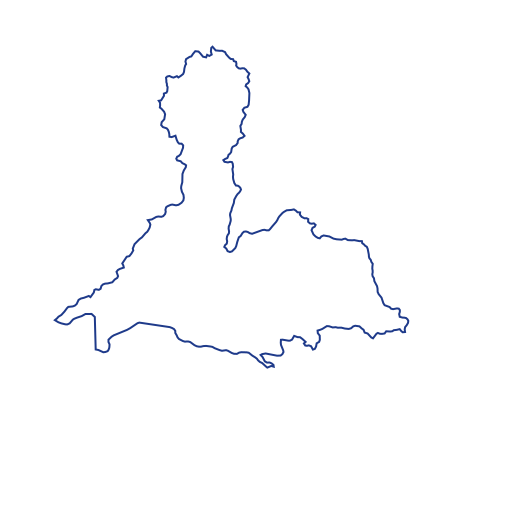 the district of Nanuque, Minas Gerais, Brazil, rotated 120°
{"feature_id": "56859067B31729881403209", "entity_name": "Nanuque", "entity_type": "district", "adm_level": 2, "iso_a3": "BRA", "parent_name": "Brazil", "parent_adm1": "Minas Gerais", "projection": "albers", "projection_center": [-40.519, -17.735], "detail": "fine", "context": "isolated", "style": "outline", "palette": "blue", "viewbox_px": 512, "rotation_deg": 120, "n_neighbors": 0, "source": "geoboundaries", "source_scale": "gbopen_adm2", "svg_char_len": 6136}
<svg xmlns="http://www.w3.org/2000/svg" viewBox="0 0 512 512"><g transform="rotate(120 256 256)"><path d="M268.8,113.5L263.1,112.8L261.7,112.0L261.4,109.8L260.4,107.9L258.8,105.9L256.1,105.6L254.3,102.0L253.0,100.3L251.4,99.6L249.6,97.2L247.5,95.0L248.4,92.6L248.7,90.8L247.3,88.9L245.1,90.6L243.0,91.3L240.6,90.9L237.9,90.9L236.0,91.7L235.1,93.1L234.7,95.0L235.2,96.6L236.1,98.4L236.8,101.1L234.7,103.0L232.5,103.5L230.9,104.4L230.2,106.0L230.9,107.7L233.5,110.7L234.1,112.6L233.4,114.8L234.3,120.0L233.2,122.1L229.3,126.5L227.7,130.7L226.3,132.7L223.4,134.5L221.6,136.1L218.6,140.9L216.3,142.7L215.2,144.9L213.6,146.2L212.0,146.7L210.3,147.7L208.9,148.9L206.8,150.0L204.4,151.0L203.4,153.2L201.9,154.8L201.3,156.6L200.2,157.8L198.4,159.0L193.9,162.9L192.6,164.7L192.6,166.5L192.0,168.3L191.8,170.4L190.2,171.7L191.4,173.8L193.1,178.8L194.4,180.7L196.3,184.4L196.3,187.3L197.5,188.7L199.0,189.9L201.2,194.5L202.2,197.6L202.4,202.2L204.4,207.7L206.4,209.2L208.8,209.6L209.4,211.5L209.3,214.2L208.6,217.0L205.9,220.8L203.3,221.1L201.2,219.8L199.3,219.9L198.8,222.2L200.2,223.9L200.8,225.6L200.3,228.0L197.9,229.2L198.0,231.1L199.1,232.8L199.3,236.0L198.2,238.7L196.2,239.6L197.4,241.9L196.8,244.1L196.7,246.5L198.4,248.4L201.1,252.3L204.1,254.0L205.6,254.6L210.1,255.6L212.0,255.7L214.2,255.5L216.4,255.6L222.0,256.7L225.8,257.3L227.4,257.8L228.5,259.7L229.1,261.8L230.3,263.4L238.7,270.5L239.4,273.0L239.3,275.1L239.8,277.0L241.0,278.6L242.9,279.2L246.4,279.3L248.4,280.2L253.0,279.3L257.3,278.1L259.5,277.9L264.0,279.1L265.6,280.6L266.0,283.0L264.4,285.5L264.0,288.0L262.1,288.2L259.9,287.5L257.7,288.3L255.9,289.9L253.7,290.8L251.8,291.0L250.0,290.8L248.2,291.6L246.0,293.4L243.9,294.4L242.1,294.5L238.2,295.5L236.7,296.3L233.5,299.0L231.8,299.7L229.0,300.0L226.6,300.8L221.2,301.7L218.0,303.0L213.8,303.1L211.5,302.9L209.6,302.3L207.9,302.1L206.0,302.2L204.9,303.5L204.3,305.2L204.2,306.9L205.0,308.6L203.7,311.2L200.8,314.2L199.0,315.5L196.8,316.5L192.5,319.9L190.3,320.4L187.7,322.3L186.7,323.8L187.4,325.5L189.0,327.1L190.2,330.4L189.3,332.2L187.3,331.2L185.5,329.8L183.7,330.0L182.1,330.4L180.4,329.7L178.4,329.5L175.0,330.8L173.1,330.8L169.9,328.7L167.3,328.4L165.8,329.2L163.6,329.4L161.8,328.4L160.1,326.8L157.7,326.0L156.6,328.5L156.1,331.1L154.4,332.0L151.2,334.6L148.9,334.5L146.7,335.4L144.4,335.7L141.4,335.2L138.9,335.5L137.5,339.0L136.1,340.6L133.4,340.2L131.1,338.0L128.7,338.0L124.9,339.7L118.2,343.2L115.4,345.8L114.5,347.8L114.1,349.9L112.3,350.3L110.2,349.3L108.0,349.2L106.4,351.0L105.3,352.7L101.3,353.0L100.7,355.7L99.7,357.8L99.4,360.1L100.3,361.8L101.5,363.1L102.1,364.7L101.8,366.7L101.0,368.4L99.4,369.0L97.8,370.4L98.3,372.7L97.0,374.2L98.0,376.5L97.6,378.6L96.2,382.8L94.9,384.7L95.2,388.0L96.4,389.9L98.1,393.7L96.5,398.3L98.1,398.8L101.5,397.3L103.7,395.1L106.1,396.5L106.2,398.9L108.9,398.5L109.9,401.5L108.3,405.8L107.7,408.0L109.0,411.0L112.3,411.6L115.5,411.8L116.8,413.1L120.5,415.0L122.9,414.3L124.7,412.5L126.3,412.6L129.3,411.8L132.6,410.4L134.8,410.1L137.4,411.1L140.2,412.5L139.8,414.4L142.7,416.6L143.2,418.4L143.4,421.0L144.9,422.6L146.5,423.1L148.8,421.4L150.2,420.6L151.5,419.2L152.9,418.4L153.9,417.0L157.6,415.3L159.3,415.2L161.4,417.0L163.3,415.8L168.7,416.0L170.2,417.8L171.3,415.7L173.6,414.3L175.5,413.5L175.7,411.6L177.0,407.7L178.7,405.6L183.4,403.8L187.3,404.6L190.0,403.6L190.9,401.1L190.1,397.2L190.7,395.4L192.0,393.7L193.7,392.1L196.0,390.6L195.2,388.5L192.1,385.9L195.0,382.8L196.6,380.5L197.1,378.7L195.9,376.6L196.6,374.4L198.8,373.3L205.6,372.2L208.0,372.9L209.4,373.9L211.6,373.7L212.6,372.1L211.6,368.6L212.4,366.2L212.2,363.6L212.4,361.9L214.2,361.2L218.0,361.3L221.7,360.7L229.0,356.7L232.8,355.7L234.7,354.8L237.4,352.3L239.3,349.4L241.7,347.6L244.2,346.7L247.1,347.1L250.4,348.7L252.1,350.6L253.3,354.2L254.4,355.5L257.3,357.6L258.8,358.2L261.4,357.5L262.8,356.3L265.1,355.7L267.9,356.3L269.4,357.6L270.6,360.3L272.0,361.9L276.4,364.5L279.0,367.6L280.5,364.5L281.6,363.2L284.6,362.3L287.5,362.2L289.4,362.3L291.5,363.1L296.9,364.1L299.6,365.3L306.5,367.1L311.2,366.4L312.5,365.1L316.0,365.1L319.4,365.6L321.3,367.6L329.3,368.1L330.5,366.2L332.1,364.7L335.3,367.5L337.2,368.6L339.4,368.9L342.4,365.4L344.3,365.2L347.0,366.6L350.6,367.3L353.9,370.7L355.4,372.9L357.1,374.3L359.3,374.9L362.1,374.2L363.9,375.2L364.9,378.1L366.2,379.0L368.7,378.2L374.4,378.8L374.2,380.8L378.2,384.1L380.4,386.4L382.7,387.7L387.3,387.3L389.6,388.1L391.3,389.5L393.9,393.1L395.6,393.6L399.9,394.1L404.4,395.1L407.3,396.7L409.7,397.2L412.1,398.1L412.2,394.1L411.7,391.0L410.5,386.9L409.6,385.2L407.5,383.7L402.7,382.8L401.2,382.0L398.9,380.2L395.2,376.9L391.5,374.7L388.4,369.4L389.4,365.1L417.1,348.1L416.2,345.5L415.7,340.1L414.4,338.4L412.6,336.9L410.8,336.8L408.8,337.2L407.2,337.9L405.7,338.7L404.2,340.8L402.2,341.9L398.1,340.7L395.8,339.5L384.4,330.7L381.4,328.9L373.4,325.0L372.0,323.7L360.7,295.1L360.3,292.6L360.3,290.4L361.2,288.5L363.0,287.4L364.3,285.1L365.7,283.2L366.4,281.2L366.2,276.8L365.7,274.7L364.5,273.0L363.8,271.6L363.4,269.8L364.0,264.7L363.8,262.2L363.1,260.2L362.0,258.3L360.3,256.5L358.8,254.2L357.1,250.1L356.5,248.3L356.5,245.6L355.7,240.5L355.1,238.1L352.5,234.8L352.1,232.9L352.1,228.5L351.7,226.2L350.3,223.6L348.0,222.2L346.6,220.5L344.1,215.9L343.4,213.9L344.1,209.4L344.2,206.0L344.5,203.8L345.3,202.1L345.8,199.8L345.6,197.1L346.7,192.2L347.0,190.4L343.6,187.8L343.0,185.3L341.6,186.4L341.2,188.7L341.4,190.8L342.8,193.2L342.8,195.7L340.2,199.8L339.4,202.5L337.9,201.6L335.6,198.9L331.8,187.9L329.9,184.9L327.8,184.1L325.4,184.2L324.1,185.3L320.5,189.9L318.7,191.2L316.1,192.5L315.2,191.2L313.2,185.8L312.4,184.3L310.4,183.0L306.1,183.0L305.5,179.5L304.3,177.2L304.7,174.1L305.6,170.1L307.8,170.8L308.9,168.6L308.3,167.0L307.0,165.6L306.6,163.2L308.6,159.9L307.0,158.6L304.4,158.7L301.3,159.8L298.8,158.4L296.7,158.8L293.1,161.0L291.9,163.9L289.8,165.4L287.8,163.5L286.0,162.1L281.3,159.6L280.3,157.6L279.5,153.8L277.8,151.4L277.2,149.3L275.4,146.3L274.4,142.8L272.8,139.2L271.0,137.5L268.3,136.6L266.8,135.2L265.2,131.2L265.9,128.2L266.1,126.0L268.0,123.6L267.3,120.6L268.9,115.5L268.8,113.5Z" fill="none" stroke="#1e3a8a" stroke-width="2"/></g></svg>